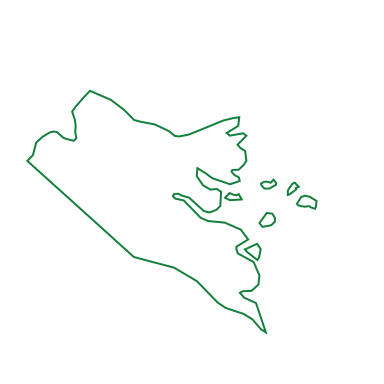 Guinea-Bissau, orthographic projection, rotated 222°
{"feature_id": "GNB", "entity_name": "Guinea-Bissau", "entity_type": "country or territory", "adm_level": 0, "iso_a3": "GNB", "parent_name": "Africa", "parent_adm1": "", "projection": "orthographic", "projection_center": [-15.403, 11.81], "detail": "fine", "context": "isolated", "style": "outline", "palette": "green", "viewbox_px": 384, "rotation_deg": 222, "n_neighbors": 0, "source": "natural_earth", "source_scale": "50m", "svg_char_len": 2008}
<svg xmlns="http://www.w3.org/2000/svg" viewBox="0 0 384 384"><g transform="rotate(222 192 192)"><path d="M43.2,137.1L48.6,136.1L61.9,137.8L72.2,135.9L79.4,132.7L89.3,128.4L98.8,127.0L128.7,129.0L154.6,123.8L173.9,113.9L191.7,104.8L214.7,104.8L239.4,104.9L274.6,104.9L302.4,104.9L335.2,104.9L334.9,113.0L340.8,124.4L340.0,133.0L337.5,141.1L335.4,144.3L332.5,146.2L323.7,146.2L320.0,147.8L314.1,151.0L314.0,154.7L318.7,158.2L322.6,163.2L327.1,167.1L334.8,171.5L335.5,176.5L335.8,189.1L335.5,198.9L313.8,206.2L297.2,207.6L283.2,206.8L277.1,209.9L264.9,217.3L249.9,221.8L242.2,222.2L238.6,224.8L232.8,232.5L216.6,266.0L211.2,274.0L206.9,279.2L201.9,272.1L205.7,259.0L201.6,259.2L193.3,269.8L189.2,270.2L189.8,257.6L185.2,257.1L179.9,258.0L172.4,251.5L171.7,246.6L172.3,239.7L176.8,235.3L176.2,233.5L171.8,233.0L166.9,234.2L163.9,232.1L168.9,223.2L186.2,215.8L194.9,215.0L203.9,213.3L199.0,206.9L188.4,204.4L179.9,206.1L175.7,210.8L170.5,211.6L161.7,200.7L161.9,195.2L165.1,188.7L170.2,185.8L190.3,185.9L197.9,182.2L201.0,181.6L203.9,178.3L203.3,176.1L200.0,175.9L192.5,180.2L168.3,178.6L160.6,181.2L147.1,191.2L130.5,196.7L118.5,194.3L122.4,181.0L120.7,179.2L116.9,177.0L99.3,181.2L85.9,175.0L80.7,167.6L81.6,158.4L87.9,152.2L88.9,149.1L82.3,148.4L70.1,152.3L43.2,137.1ZM101.4,267.2L93.5,268.7L89.9,263.7L89.4,261.8L93.5,260.1L95.4,260.0L98.5,256.4L102.4,254.0L104.1,253.2L106.1,253.4L107.5,261.4L105.6,264.8L101.4,267.2ZM122.4,226.5L117.8,229.6L113.0,228.2L110.5,225.3L110.9,220.3L116.3,213.2L121.1,214.1L122.4,226.5ZM114.2,184.7L109.0,197.0L102.8,195.6L98.4,188.3L97.9,185.2L110.7,184.3L114.2,184.7ZM139.7,251.6L139.7,255.7L135.6,255.0L134.4,253.7L136.8,246.3L140.5,243.0L145.0,243.5L146.3,244.5L145.4,247.4L143.5,249.7L139.7,251.6ZM156.7,219.4L155.7,221.7L150.1,219.7L158.3,211.3L163.6,209.8L163.4,216.3L159.3,217.7L156.7,219.4ZM122.9,265.0L122.0,267.7L116.2,267.3L117.5,264.5L116.3,263.7L118.0,255.2L118.8,253.9L121.6,257.0L122.0,258.3L122.9,265.0Z" fill="none" stroke="#15803d" stroke-width="2"/></g></svg>